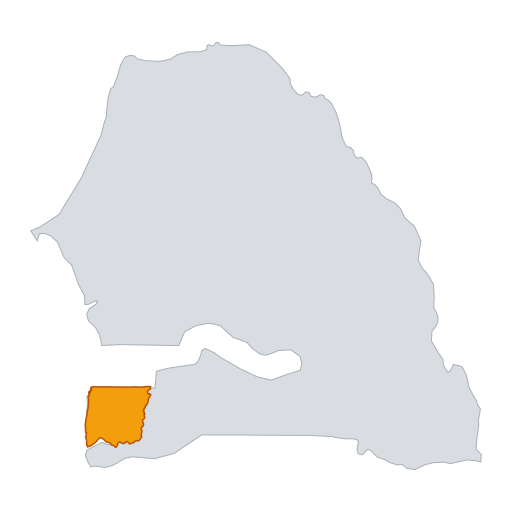 location of Bignona, Ziguinchor, Senegal
{"feature_id": "50182788B19391387689457", "entity_name": "Bignona", "entity_type": "district", "adm_level": 2, "iso_a3": "SEN", "parent_name": "Senegal", "parent_adm1": "Ziguinchor", "projection": "equal_earth", "projection_center": [-16.329, 12.862], "detail": "fine", "context": "in_parent", "style": "filled", "palette": "amber", "viewbox_px": 512, "rotation_deg": 0, "n_neighbors": 0, "source": "geoboundaries", "source_scale": "gbopen_adm2", "svg_char_len": 8078}
<svg xmlns="http://www.w3.org/2000/svg" viewBox="0 0 512 512"><path d="M414.1,225.5L421.0,241.2L419.6,248.8L418.1,259.9L422.0,267.9L426.6,273.1L429.9,278.0L433.5,284.6L434.2,297.8L433.6,307.4L436.0,311.7L438.0,317.2L437.7,321.7L436.4,325.7L432.0,331.1L431.4,341.0L438.5,353.0L443.1,359.6L443.1,363.3L444.4,367.4L447.8,372.2L449.9,371.1L452.2,367.2L453.2,364.5L459.3,365.7L462.2,366.9L466.2,374.7L467.6,380.0L468.6,386.5L472.8,394.7L476.4,400.5L477.2,404.1L480.4,409.0L478.5,419.9L478.7,425.4L476.7,440.0L476.2,446.9L476.4,449.4L481.3,454.6L480.8,462.0L475.9,460.7L467.3,459.9L450.1,463.7L444.2,462.1L433.0,462.7L424.9,464.8L414.8,469.6L406.8,468.4L402.6,464.6L396.9,464.8L390.6,462.8L383.8,459.2L377.6,457.3L370.9,450.6L367.8,449.4L365.6,451.2L363.8,453.4L361.9,454.8L358.2,453.6L356.9,449.0L358.0,444.6L358.3,441.3L356.6,439.4L352.5,438.8L345.9,438.8L335.4,437.5L332.9,436.6L309.2,435.4L284.6,435.3L263.8,435.2L237.5,435.0L219.0,435.0L201.8,434.9L188.4,443.8L174.0,453.5L154.6,458.7L132.3,456.8L125.2,458.2L117.8,462.5L112.4,465.6L104.7,467.5L94.7,466.0L90.7,466.9L88.2,462.5L85.3,455.3L87.1,450.1L93.2,446.7L102.3,442.3L107.1,444.5L109.9,444.6L110.4,441.8L109.5,440.3L102.6,436.4L99.1,431.4L96.1,434.3L93.6,440.6L91.5,442.4L88.4,444.2L86.6,439.9L85.8,435.8L87.3,432.6L86.5,414.8L87.4,405.3L87.0,397.0L91.3,391.5L95.3,388.1L111.3,387.8L126.1,387.5L140.4,387.7L155.0,387.9L156.4,371.3L161.0,370.0L167.9,368.3L180.7,366.3L195.0,364.3L198.1,361.1L200.5,355.6L201.9,350.6L204.9,348.5L208.9,350.2L214.2,352.8L219.6,356.8L225.8,360.5L230.0,362.8L240.0,368.7L257.1,376.8L271.1,380.1L288.1,374.1L300.3,370.3L301.8,363.2L299.9,356.2L290.7,349.8L278.3,350.5L274.5,352.2L268.8,354.4L265.3,355.2L259.5,353.7L252.0,348.2L247.3,342.7L240.8,340.0L233.0,337.4L220.6,326.0L214.1,324.0L208.0,323.4L196.2,325.6L184.7,331.7L178.7,345.6L167.2,345.4L142.7,345.0L120.2,344.6L101.7,345.5L99.8,335.4L95.4,327.4L88.3,320.6L86.7,314.3L89.2,308.7L96.1,304.2L97.6,300.9L94.0,301.4L88.6,304.3L84.9,304.5L84.5,295.7L78.5,284.4L71.7,265.3L64.0,257.4L57.5,242.0L50.8,236.0L44.6,233.3L39.3,233.8L37.3,240.9L30.7,230.7L39.8,227.1L59.1,214.4L81.3,177.9L101.2,134.8L103.7,124.6L106.2,116.9L107.8,99.3L110.6,88.8L113.3,86.8L116.6,78.8L120.7,64.7L125.3,56.9L130.4,55.3L134.4,56.0L137.3,58.9L145.6,60.7L159.5,61.4L170.2,59.3L177.8,54.4L187.7,51.9L200.0,51.8L206.5,49.8L207.1,45.8L208.7,44.5L211.3,46.1L213.7,45.5L216.0,42.6L218.2,42.4L220.5,44.9L230.8,45.7L249.2,44.7L266.2,52.1L281.8,67.8L289.9,78.4L290.4,83.6L293.0,88.9L297.7,94.3L302.0,95.3L305.8,91.9L308.9,92.3L311.1,96.4L315.5,97.2L320.5,94.7L324.0,95.6L324.6,98.0L325.5,99.3L327.9,99.9L331.1,103.0L335.7,111.4L339.4,123.1L342.3,138.1L346.1,146.3L350.8,147.6L353.5,150.7L354.1,154.3L355.4,156.7L357.7,158.1L361.6,157.2L366.3,162.3L371.3,173.4L372.1,178.3L371.4,181.0L371.7,182.9L375.0,184.8L378.1,188.4L380.7,193.9L386.3,198.7L394.8,202.9L400.9,209.2L404.7,217.6L412.5,224.7L414.1,225.5Z" fill="#d9dde1" stroke="#a8b0b8" stroke-width="1"/><path d="M144.3,414.9L144.7,414.1L144.7,413.8L144.8,413.6L144.7,413.5L144.4,413.3L144.1,413.4L144.1,413.2L144.3,412.8L144.1,412.3L144.1,412.1L144.0,411.6L143.8,411.3L143.7,411.3L143.4,411.4L143.3,411.1L143.3,410.9L143.8,410.6L143.9,409.9L143.8,409.3L143.8,409.1L143.9,408.9L144.0,408.6L144.2,408.4L144.4,408.2L144.6,408.3L144.8,408.2L145.2,407.6L145.3,407.4L145.2,407.0L145.2,406.7L145.4,406.3L145.4,406.0L145.5,405.9L145.6,406.0L145.5,405.8L145.6,405.5L145.7,405.4L146.0,405.5L146.2,405.3L146.4,405.3L146.5,405.2L146.7,404.9L146.9,404.7L147.3,403.7L147.5,403.2L147.7,402.9L147.7,402.6L147.8,402.3L147.9,402.1L148.0,401.7L148.1,401.4L148.2,401.1L148.2,400.8L148.3,400.2L148.2,400.0L148.3,399.5L148.3,399.4L148.5,399.1L148.5,398.8L148.6,398.6L149.0,397.9L149.1,397.6L149.3,397.5L149.4,397.3L149.5,397.2L149.8,396.7L150.0,396.5L150.1,396.3L150.2,395.7L150.2,395.3L150.2,394.9L150.3,394.7L150.6,394.6L150.4,394.4L150.1,394.3L149.9,394.0L149.5,393.8L149.2,393.9L148.8,394.1L148.6,393.9L148.3,394.0L148.1,393.9L147.9,393.5L147.7,392.6L147.6,392.4L147.5,392.0L147.5,391.8L147.8,391.2L148.0,390.9L148.1,390.7L148.6,390.1L148.9,389.7L149.4,389.2L149.5,389.2L149.9,388.9L150.0,389.0L150.3,389.1L150.4,388.9L150.4,388.5L150.4,388.3L150.4,388.2L150.5,387.6L150.4,387.4L150.5,387.3L150.5,387.1L150.5,386.7L149.3,386.6L146.4,386.5L145.5,386.6L142.8,387.1L141.0,387.1L139.9,387.1L138.4,387.0L136.1,386.9L127.0,387.1L125.7,387.1L122.0,387.0L120.7,387.0L116.8,386.9L115.6,387.0L114.1,387.0L110.8,386.9L109.1,386.9L108.5,386.9L103.6,386.9L102.4,386.9L98.8,386.9L98.2,386.9L96.6,386.8L96.3,386.8L95.9,386.7L95.2,386.8L94.5,386.7L93.8,386.7L93.0,386.6L92.7,386.6L92.3,386.6L92.2,386.9L92.2,387.2L92.1,387.3L91.8,387.5L91.5,387.2L91.4,387.2L91.3,387.4L91.6,388.0L91.5,388.3L91.3,388.1L91.1,387.9L90.9,387.8L90.8,388.0L90.7,388.2L90.8,388.7L90.9,388.9L91.2,389.0L91.3,389.2L91.2,389.8L91.4,390.0L91.3,390.3L91.2,390.3L91.0,390.0L90.9,389.9L90.9,390.0L90.9,389.9L90.7,390.2L90.7,390.5L90.8,390.9L90.6,391.2L90.4,391.2L90.3,391.3L90.1,391.3L89.9,391.1L89.7,391.0L89.5,391.3L89.5,391.5L89.6,391.9L90.0,392.2L90.2,392.4L89.8,392.6L89.6,392.5L89.5,392.3L89.5,392.1L89.4,392.0L89.3,391.9L89.2,391.8L88.9,391.9L88.8,392.0L88.7,392.4L88.7,392.6L88.8,393.0L89.0,393.2L89.1,393.3L89.3,393.6L89.5,393.7L89.5,393.8L89.4,393.9L89.2,393.9L89.1,394.0L88.9,394.1L89.1,394.5L89.3,395.1L89.4,395.3L89.2,395.6L88.9,396.0L88.5,395.9L88.3,396.0L88.2,396.1L88.0,396.6L88.2,396.9L88.2,397.1L88.3,397.3L88.5,398.5L88.5,399.1L88.6,399.7L88.6,400.0L88.6,400.4L88.6,401.2L88.6,402.1L88.6,402.6L88.5,402.8L88.4,404.2L88.4,404.8L88.3,405.0L88.3,405.8L88.3,406.1L88.2,406.2L88.2,406.6L88.1,406.8L88.2,407.2L88.1,407.5L88.0,408.2L87.9,408.4L87.9,409.0L87.6,409.9L87.5,410.3L87.4,410.5L87.3,411.6L87.3,412.1L87.2,412.5L87.1,413.3L87.0,413.9L87.0,414.4L86.9,415.1L86.5,416.8L86.3,417.5L86.3,418.0L86.1,418.5L86.0,419.2L85.8,420.1L85.8,420.5L85.7,420.8L85.5,423.1L85.5,423.3L85.4,423.4L85.4,424.2L85.2,425.0L85.3,425.2L85.2,425.4L85.2,425.8L85.2,426.0L85.5,426.4L85.5,426.5L85.6,427.5L85.5,427.8L85.4,428.5L85.5,429.0L85.7,429.4L85.7,429.8L85.6,430.4L85.6,430.7L85.6,430.8L85.6,431.1L85.5,431.8L85.4,432.0L85.5,432.4L85.6,432.5L85.9,432.4L86.5,433.0L86.3,434.3L86.0,435.1L86.1,435.3L86.0,435.6L86.0,436.2L85.8,436.8L85.6,437.1L85.6,437.4L85.7,437.5L85.8,437.6L86.1,437.6L86.2,437.9L86.1,438.0L86.1,438.5L86.1,438.9L86.4,439.8L86.5,440.5L86.7,442.0L86.7,442.9L86.8,443.4L86.9,443.7L86.7,444.0L86.7,444.4L86.7,445.0L86.7,445.4L87.0,445.8L87.3,446.0L87.6,446.1L87.7,446.9L89.5,446.3L90.3,446.0L90.9,445.6L91.6,445.2L92.8,444.3L94.7,443.0L95.8,442.2L96.1,441.8L97.6,440.1L97.9,439.7L98.4,439.1L99.5,438.1L99.8,437.9L100.3,437.8L100.7,437.7L101.3,437.8L102.0,438.1L103.2,439.0L103.8,439.5L105.6,441.3L106.4,441.9L106.9,442.1L107.5,442.3L109.0,442.5L109.8,442.7L110.4,443.5L111.3,444.7L111.7,445.0L113.4,445.4L113.8,445.6L114.1,445.9L114.6,446.5L115.1,447.1L115.5,447.2L116.2,447.1L117.1,445.9L117.3,445.3L117.5,444.9L117.9,443.2L118.2,442.9L118.3,442.8L118.5,442.5L119.3,442.0L119.9,442.1L120.6,442.3L121.4,442.8L121.8,443.1L122.2,443.4L123.6,443.5L124.2,443.4L124.5,443.3L124.9,443.0L125.7,442.3L125.8,442.1L126.0,441.9L126.3,441.7L126.9,441.5L127.6,441.8L128.2,442.4L128.4,442.7L128.8,443.0L129.2,443.6L129.5,443.8L131.1,443.5L131.7,443.2L133.1,442.8L133.6,442.6L134.3,442.0L134.9,441.2L135.4,440.9L136.6,440.8L138.7,440.7L139.2,440.4L139.7,439.8L140.5,438.6L140.7,438.2L141.3,437.4L141.6,437.1L141.4,435.8L141.3,435.5L141.4,435.1L141.3,434.6L141.3,434.4L141.4,434.1L141.4,433.7L141.4,433.4L141.5,433.3L141.6,432.7L141.8,432.2L141.9,431.4L142.0,431.1L142.1,430.7L141.7,430.3L141.4,429.9L141.4,429.7L141.3,429.3L141.3,428.6L141.2,428.2L141.3,427.9L141.6,427.3L142.0,427.0L142.5,426.6L143.0,426.3L143.2,425.8L143.3,425.4L143.4,424.9L143.5,424.7L143.6,424.4L143.5,424.0L143.3,423.2L143.1,422.8L143.1,422.7L142.7,422.2L142.5,421.4L142.5,421.0L142.6,420.6L142.8,420.1L143.0,420.0L143.2,419.8L143.5,419.5L143.8,419.2L144.1,418.7L144.4,418.4L144.6,417.7L144.7,417.3L144.6,416.7L144.4,416.3L144.3,415.9L144.2,415.5L144.3,414.9Z" fill="#f59e0b" stroke="#b45309" stroke-width="1.5"/></svg>